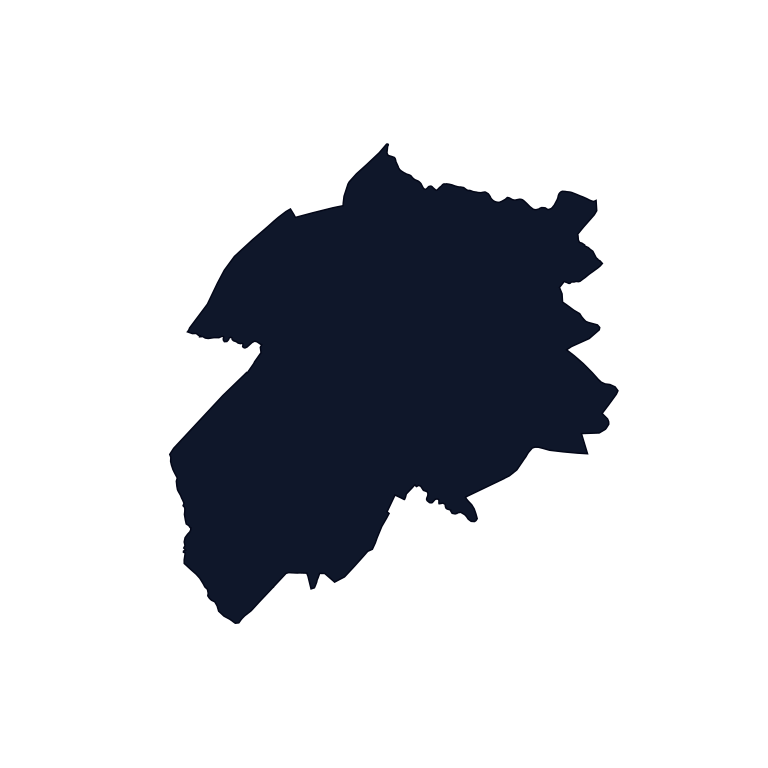 outline of Moshi Urban, Kilimanjaro, United Republic of Tanzania, rotated 133°
{"feature_id": "72390352B76512132105243", "entity_name": "Moshi Urban", "entity_type": "district", "adm_level": 2, "iso_a3": "TZA", "parent_name": "United Republic of Tanzania", "parent_adm1": "Kilimanjaro", "projection": "albers", "projection_center": [37.332, -3.346], "detail": "fine", "context": "isolated", "style": "filled", "palette": "ink", "viewbox_px": 768, "rotation_deg": 133, "n_neighbors": 0, "source": "geoboundaries", "source_scale": "gbopen_adm2", "svg_char_len": 6123}
<svg xmlns="http://www.w3.org/2000/svg" viewBox="0 0 768 768"><g transform="rotate(133 384 384)"><path d="M206.8,545.7L218.1,545.2L235.4,546.3L249.0,547.5L259.8,547.3L262.3,546.7L273.9,541.3L279.5,537.2L281.5,535.5L286.5,539.1L290.2,541.7L307.6,553.0L322.6,562.4L321.6,565.3L319.8,571.8L324.7,573.3L334.0,574.9L340.0,575.6L349.0,576.4L367.8,578.5L384.7,579.8L392.7,580.4L409.7,578.4L423.8,574.6L446.1,567.6L475.6,564.4L477.3,563.7L479.5,563.3L479.9,563.3L477.8,558.5L475.1,555.8L474.8,551.4L474.3,551.2L475.1,550.9L472.9,548.9L472.3,546.1L470.6,543.6L466.1,540.0L462.7,536.3L460.0,535.2L458.8,533.9L459.1,533.0L460.6,532.4L461.5,531.3L461.9,529.6L460.1,527.9L457.7,527.9L455.9,528.6L454.3,527.9L454.0,526.6L455.0,525.3L455.0,523.6L454.0,521.3L453.8,521.3L453.6,518.7L452.4,516.5L451.1,515.6L450.9,514.3L453.1,512.8L453.1,511.6L452.5,510.3L450.5,509.4L443.6,508.8L440.9,507.8L439.7,505.6L439.2,502.1L438.8,500.1L441.5,499.5L444.9,495.3L456.0,493.8L457.8,493.2L469.1,491.6L469.2,492.3L502.5,494.0L574.4,494.0L581.6,492.7L583.0,489.9L586.1,487.3L588.2,484.2L590.5,480.0L591.7,476.9L593.7,471.1L596.7,469.6L600.0,465.8L602.1,463.0L602.8,461.3L604.2,456.8L605.4,454.3L606.1,452.4L607.5,449.1L608.4,448.6L610.1,447.9L610.1,446.2L611.0,444.6L613.2,442.7L615.5,441.0L619.1,436.3L621.2,433.2L620.7,430.2L621.2,428.0L620.9,427.1L621.7,426.6L622.4,425.9L624.5,425.2L627.8,425.2L632.0,424.7L635.8,422.4L637.9,419.3L640.5,418.6L640.7,415.8L642.9,416.7L643.8,416.0L643.2,414.1L648.9,410.2L651.5,407.7L651.4,397.9L651.2,391.7L651.7,386.2L653.4,380.0L654.6,376.6L654.6,373.1L656.9,369.9L659.1,368.4L659.8,365.4L659.8,362.7L658.7,359.2L660.1,354.7L662.9,350.0L662.9,342.7L661.2,336.3L660.4,329.6L657.7,327.3L653.9,327.8L652.2,327.9L648.6,327.8L640.4,326.5L628.7,326.6L608.9,326.5L607.8,326.3L607.5,326.5L589.3,326.5L587.0,325.1L581.4,318.5L579.9,317.1L575.0,311.5L576.5,308.4L583.6,297.6L580.5,295.9L577.5,297.0L574.4,298.3L573.8,298.8L572.5,299.4L570.8,300.0L568.5,301.0L566.4,301.9L563.0,298.1L562.6,286.5L562.6,285.0L557.6,283.3L552.0,281.3L539.2,281.3L527.7,281.5L517.5,281.8L512.8,279.8L506.1,282.0L501.1,284.2L489.6,288.5L480.4,290.6L475.2,292.0L475.4,294.6L457.7,300.2L455.5,293.3L455.5,293.2L455.4,292.9L454.7,290.4L454.2,290.3L453.4,290.6L452.1,291.1L450.5,292.0L449.2,292.7L440.6,292.6L436.7,292.7L436.9,290.7L436.8,290.2L435.3,289.9L434.4,289.2L433.7,287.5L434.9,282.6L433.6,279.7L433.3,279.5L433.7,278.0L433.8,277.7L434.5,276.9L435.3,276.2L436.6,275.5L437.6,275.2L438.8,274.6L439.4,274.1L439.9,272.9L439.7,269.8L438.8,268.5L437.8,267.8L433.6,267.9L432.6,267.4L431.5,266.2L431.3,265.3L431.8,264.2L432.9,263.3L433.7,262.6L434.0,262.0L432.5,260.8L431.0,259.8L430.3,257.4L431.0,256.4L431.9,255.3L432.5,254.0L432.5,253.1L432.2,252.2L431.8,251.4L431.1,250.0L430.7,249.4L431.3,248.8L432.1,246.0L430.5,243.4L429.4,242.7L429.4,242.8L428.0,242.3L425.5,240.4L424.5,235.8L424.7,233.2L425.4,230.2L425.0,226.6L423.0,224.1L422.6,223.9L421.1,223.6L418.9,224.0L416.3,228.2L413.8,232.9L412.5,237.5L412.2,242.5L411.6,247.0L410.4,246.8L410.4,247.0L371.8,231.9L371.8,232.0L365.7,229.7L356.2,228.3L345.0,230.0L344.7,230.1L340.6,230.6L337.2,231.4L335.4,231.7L329.7,231.9L327.2,230.5L324.9,227.9L322.8,224.1L319.5,217.7L311.1,206.3L302.8,195.6L296.2,187.6L285.6,205.8L273.0,193.2L266.0,191.2L264.2,191.4L260.1,192.2L258.4,193.9L257.1,196.6L256.8,204.4L246.1,205.5L233.0,207.1L229.4,208.3L228.5,213.0L230.3,218.4L233.2,222.4L234.5,226.4L234.5,230.6L233.7,239.3L233.2,252.2L233.6,264.0L234.5,273.8L228.7,272.4L210.8,264.9L197.6,263.5L195.6,264.7L195.2,268.2L199.7,276.7L200.6,279.2L200.4,282.3L200.5,282.3L200.4,282.4L200.0,285.4L199.1,288.8L200.6,295.6L201.6,304.5L202.3,309.3L196.6,315.3L194.1,320.7L193.8,321.5L186.3,322.1L185.8,321.6L185.7,320.9L185.0,319.4L184.5,317.7L184.0,317.0L183.3,316.6L181.5,316.5L179.7,314.5L178.0,313.5L177.4,312.7L176.5,311.5L175.2,310.7L171.2,310.0L168.8,309.5L164.0,308.9L153.4,306.8L150.2,306.4L146.9,306.5L146.6,310.2L147.2,311.8L146.9,312.6L147.0,314.9L144.5,321.8L144.9,325.3L144.9,327.6L146.1,331.3L145.5,332.0L146.0,335.3L147.1,337.6L146.2,340.0L143.1,343.4L142.4,344.5L133.4,345.1L116.9,345.6L112.2,346.6L105.1,354.1L106.4,354.6L107.6,355.2L108.4,356.7L109.3,359.0L110.2,362.2L111.5,366.0L112.7,368.9L113.9,372.2L115.9,377.3L116.8,378.9L118.7,381.4L119.6,382.8L121.4,385.0L122.7,385.6L124.3,385.8L125.9,385.6L127.7,384.8L128.9,384.0L130.7,383.2L135.8,381.8L137.4,381.4L138.7,381.4L140.0,381.2L141.8,381.4L143.9,382.5L144.6,383.1L144.8,383.5L144.9,384.3L145.1,385.0L145.1,385.9L146.0,387.3L146.6,387.9L147.3,388.9L149.0,389.8L150.0,389.9L150.9,390.4L152.6,391.5L153.5,392.4L154.4,394.0L154.6,396.0L154.8,398.3L154.6,402.8L154.6,406.3L154.8,408.3L155.4,409.6L156.3,410.8L158.6,412.5L159.7,413.2L160.6,414.1L161.2,415.1L161.7,416.2L162.3,418.8L162.7,419.8L163.5,421.0L166.1,421.2L169.7,422.3L170.9,422.8L172.2,423.4L173.2,424.3L174.1,425.6L174.9,427.2L175.4,429.1L175.4,431.0L175.2,432.6L174.5,434.2L174.1,435.8L173.8,437.5L174.4,440.4L174.7,441.1L175.7,441.9L176.6,442.6L178.0,443.6L179.9,445.9L180.6,447.2L181.8,448.9L182.6,450.2L183.6,452.7L184.4,453.9L185.2,454.5L185.7,456.5L186.0,459.7L187.0,461.2L187.6,462.2L188.5,463.2L189.4,464.5L190.8,467.2L191.4,468.6L192.0,470.1L193.5,472.7L195.0,474.8L196.1,475.7L196.4,476.2L196.8,476.6L197.4,476.9L198.4,477.1L199.8,477.0L200.6,477.1L201.1,477.1L201.6,477.3L203.2,477.4L205.4,477.4L206.1,477.6L206.6,477.8L206.8,478.3L206.9,478.9L207.0,481.3L207.0,482.4L206.9,483.1L207.1,484.3L207.4,484.8L208.8,485.8L209.7,486.0L210.5,485.9L211.9,486.0L212.7,486.1L213.3,486.4L213.7,486.8L213.9,487.5L213.9,488.9L213.5,490.2L213.2,491.0L212.8,492.2L212.4,493.1L212.2,494.0L212.1,495.8L212.2,496.8L212.3,497.5L213.5,500.7L213.7,502.4L213.7,504.1L213.4,505.8L213.4,506.7L214.0,508.5L215.0,510.5L215.3,511.4L215.4,512.1L215.7,512.8L216.2,515.4L216.4,516.5L216.5,518.8L215.9,521.0L215.3,522.0L213.1,527.3L212.5,527.9L211.6,529.4L211.4,530.0L211.3,531.0L212.4,533.6L213.7,536.2L213.9,536.9L213.7,537.8L213.3,538.8L212.7,539.7L210.8,541.1L209.3,542.2L207.9,543.3L206.2,543.9L205.9,544.3L205.9,544.8L206.3,545.3L206.8,545.7Z" fill="#0f172a" stroke="#020617" stroke-width="1.5"/></g></svg>